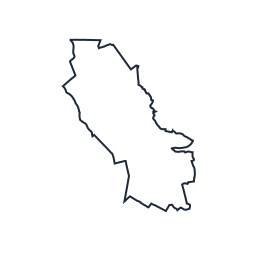 Targusor, Constanta, Romania (orthographic projection), rotated 28°
{"feature_id": "2599482B96571598729661", "entity_name": "Targusor", "entity_type": "district", "adm_level": 2, "iso_a3": "ROU", "parent_name": "Romania", "parent_adm1": "Constanta", "projection": "orthographic", "projection_center": [28.424, 44.465], "detail": "fine", "context": "isolated", "style": "outline", "palette": "slate", "viewbox_px": 256, "rotation_deg": 28, "n_neighbors": 0, "source": "geoboundaries", "source_scale": "gbopen_adm2", "svg_char_len": 5231}
<svg xmlns="http://www.w3.org/2000/svg" viewBox="0 0 256 256"><g transform="rotate(28 128 128)"><path d="M191.4,108.8L191.2,108.7L191.0,108.9L190.3,108.8L190.0,108.9L189.1,108.8L188.3,108.6L188.1,108.7L187.0,108.6L186.5,108.5L184.8,108.5L184.0,108.4L182.9,108.5L182.4,108.6L181.5,108.6L180.4,108.2L179.9,108.2L179.7,108.1L179.4,108.0L179.2,107.8L178.8,107.9L178.2,108.0L177.8,108.1L177.3,108.0L177.0,108.1L176.7,108.2L176.5,108.3L175.4,108.9L174.9,109.1L174.4,109.4L174.1,109.5L173.7,110.0L173.2,110.2L172.9,110.2L172.5,110.1L172.2,110.0L171.8,109.8L171.5,109.7L170.6,109.5L170.1,109.5L169.7,109.4L169.2,109.5L168.7,109.5L168.6,109.4L168.6,111.3L162.4,113.0L161.7,111.4L160.5,112.0L160.0,112.4L158.3,113.1L158.0,113.2L157.7,113.2L157.1,113.2L156.4,113.1L155.8,112.7L155.3,112.5L154.9,112.4L153.9,111.9L153.2,111.8L152.9,111.7L152.3,111.3L151.8,111.0L151.0,110.7L150.5,110.4L148.6,109.0L146.8,108.3L146.4,108.1L145.7,107.8L145.7,107.6L145.5,107.1L145.3,106.4L145.2,106.1L145.2,105.7L145.3,105.3L145.6,104.7L145.1,104.0L143.6,103.3L143.2,103.0L143.6,102.1L144.2,101.2L144.6,100.5L143.1,100.9L143.2,100.7L142.8,100.2L142.5,100.1L142.1,99.8L142.1,99.7L141.8,99.5L141.6,99.4L141.1,99.2L140.1,99.1L139.8,99.2L139.7,99.1L139.3,99.2L138.7,99.1L138.4,99.1L138.2,99.0L138.0,98.8L138.0,98.7L137.9,98.6L137.7,98.4L137.1,97.9L137.5,95.6L137.6,95.0L137.6,94.8L137.6,94.4L137.6,94.0L137.6,93.5L137.4,93.0L137.4,92.9L137.3,92.6L137.2,92.1L136.9,91.9L136.5,92.0L136.4,92.3L136.2,92.4L135.5,92.3L135.1,92.2L134.9,91.9L134.6,91.3L134.5,91.1L134.4,91.0L134.3,90.9L134.2,90.5L133.5,89.8L133.3,89.8L132.9,89.7L132.6,89.6L132.4,89.3L132.4,89.1L132.1,88.9L131.5,88.9L131.3,88.8L131.1,88.7L130.1,87.9L129.8,87.8L129.6,87.9L129.4,88.0L129.2,88.4L128.9,88.6L128.6,88.7L128.2,88.7L127.9,88.7L127.7,88.4L127.2,88.2L126.8,87.9L126.7,87.7L126.4,87.5L126.0,87.4L125.5,87.2L125.4,86.9L125.4,86.6L125.1,86.3L124.7,86.1L124.3,86.0L124.0,86.1L123.6,86.5L123.1,86.3L122.3,86.4L121.7,85.3L120.8,85.4L120.4,85.1L119.9,85.1L119.3,84.8L118.7,84.8L117.6,85.0L116.8,84.8L116.0,82.8L114.6,80.8L113.5,79.3L108.9,72.1L107.6,69.8L108.4,69.6L108.0,68.4L105.9,69.0L103.0,74.9L87.1,67.0L75.9,61.5L75.6,61.8L75.1,62.2L73.1,62.3L72.9,62.3L69.4,66.2L69.0,67.0L64.9,70.9L64.8,71.1L63.4,69.8L63.3,69.7L62.5,63.4L45.2,72.1L44.6,72.6L43.7,73.0L42.0,73.8L41.4,74.1L40.4,74.7L35.9,77.1L35.9,77.3L36.3,77.5L38.8,78.5L39.1,78.6L40.7,80.2L41.3,80.9L42.2,82.6L42.5,83.3L43.2,85.0L43.5,85.7L44.2,86.9L44.9,88.0L46.6,89.3L47.1,89.7L47.2,89.8L47.2,90.1L47.3,90.7L47.3,91.5L46.9,92.6L46.2,94.3L45.6,95.6L45.5,96.5L56.9,106.3L56.2,108.4L56.1,108.8L55.4,109.9L50.9,121.7L53.3,122.5L53.7,122.7L54.7,123.4L54.8,123.5L55.5,124.2L56.1,124.8L57.1,125.5L57.3,125.6L60.0,125.5L63.1,126.2L65.0,127.1L66.0,127.8L66.4,127.9L66.7,128.1L67.2,128.4L68.1,129.0L68.9,129.5L69.8,130.5L71.3,131.3L72.9,132.1L74.6,133.5L76.7,135.7L77.1,136.4L77.3,136.6L78.0,136.9L78.1,137.0L78.7,138.5L79.5,140.1L81.0,142.3L82.0,143.3L85.0,143.9L88.2,144.1L89.2,144.3L89.3,144.4L89.5,144.5L91.3,145.9L92.6,146.9L93.0,147.1L93.3,147.2L94.9,147.9L96.9,148.3L97.2,148.4L98.4,149.3L98.5,149.3L99.1,150.4L99.4,150.7L100.3,151.8L100.5,152.0L101.3,150.0L119.0,155.8L123.1,157.2L123.3,157.3L126.1,158.1L127.4,159.2L128.9,160.6L132.9,165.6L139.7,159.5L141.1,158.3L141.4,158.2L144.4,161.9L149.1,167.3L151.4,169.9L154.5,179.4L159.3,194.5L159.5,193.9L161.8,187.4L166.0,187.7L169.4,187.9L170.3,188.0L170.7,188.0L170.9,187.8L171.4,187.8L172.3,187.6L173.1,187.7L173.5,187.7L173.9,187.8L174.2,188.1L174.3,188.1L175.8,188.2L177.2,188.3L178.2,188.3L179.6,188.3L182.9,188.6L183.1,188.6L183.3,188.5L184.1,183.8L185.4,183.9L187.3,183.6L195.2,183.5L195.7,183.5L198.3,183.5L200.4,183.5L200.7,176.6L201.1,176.6L201.9,175.9L202.3,175.5L202.8,175.1L203.3,175.2L203.6,175.5L205.5,176.4L206.7,176.7L209.0,176.6L210.2,177.4L211.5,174.2L211.7,173.9L211.8,173.6L212.2,173.5L212.6,173.5L213.2,173.5L213.6,173.4L214.4,173.6L215.4,173.6L216.0,173.5L216.6,173.3L216.9,173.3L217.3,173.2L217.5,173.1L218.1,172.5L218.9,171.6L219.4,171.2L219.7,171.0L220.2,170.4L220.1,170.0L220.0,169.7L219.9,169.4L219.8,168.7L219.5,168.1L219.3,167.6L219.0,167.1L218.6,166.8L218.4,166.7L217.9,166.7L217.7,166.7L217.3,166.7L216.7,166.8L215.4,167.1L214.8,166.3L211.3,162.3L205.9,156.3L202.4,152.6L202.6,151.7L202.9,151.2L203.3,151.0L203.7,150.6L204.1,150.2L205.0,149.6L205.9,149.7L206.4,149.6L206.5,149.6L206.7,149.4L207.0,148.9L206.7,147.5L207.1,147.4L210.2,145.0L211.3,144.3L210.3,141.9L210.1,141.6L209.8,140.9L210.0,140.7L208.8,137.5L206.4,133.5L204.8,131.7L203.5,131.0L199.6,127.3L200.7,126.2L201.2,125.7L200.8,124.4L198.7,123.3L196.4,119.4L196.4,119.2L196.1,119.3L194.6,119.8L193.8,119.9L192.2,120.5L191.7,120.9L190.0,122.8L189.8,122.8L189.4,122.7L188.7,122.2L187.5,122.8L185.6,123.9L183.9,125.3L183.4,125.6L182.6,125.9L181.7,126.2L180.8,126.5L180.4,126.6L179.2,126.0L178.7,126.1L178.2,126.1L176.2,125.5L176.2,125.4L176.3,125.3L177.6,124.3L178.2,123.8L178.5,123.6L178.7,123.4L179.4,123.0L180.8,122.5L182.2,122.0L182.9,121.7L183.1,121.5L183.5,121.2L184.7,120.4L187.1,118.6L188.4,117.6L188.7,117.3L189.0,116.9L189.4,116.4L189.6,116.0L190.0,115.3L190.7,113.8L191.0,113.2L191.0,112.9L191.1,112.7L191.2,111.9L191.4,109.3L191.4,108.8Z" fill="none" stroke="#1e293b" stroke-width="2"/></g></svg>